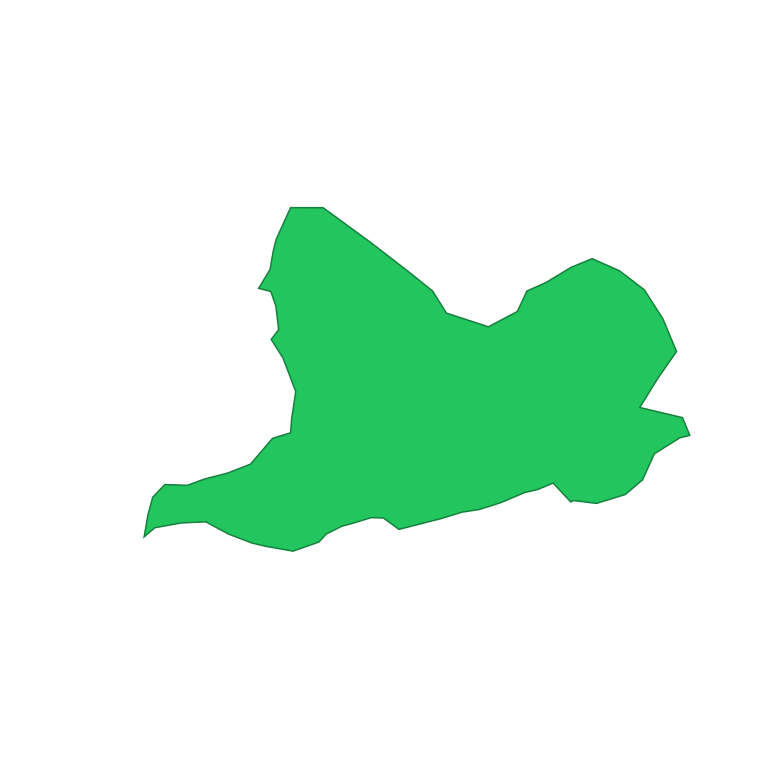 Pano Akourdaleia, Paphos, Cyprus (orthographic projection), rotated 246°
{"feature_id": "46923920B48631542853704", "entity_name": "Pano Akourdaleia", "entity_type": "district", "adm_level": 2, "iso_a3": "CYP", "parent_name": "Cyprus", "parent_adm1": "Paphos", "projection": "orthographic", "projection_center": [32.446, 34.944], "detail": "fine", "context": "isolated", "style": "filled", "palette": "green", "viewbox_px": 768, "rotation_deg": 246, "n_neighbors": 0, "source": "geoboundaries", "source_scale": "gbopen_adm2", "svg_char_len": 1035}
<svg xmlns="http://www.w3.org/2000/svg" viewBox="0 0 768 768"><g transform="rotate(246 384 384)"><path d="M200.3,506.6L200.4,509.8L188.5,529.6L184.9,559.4L191.3,581.3L210.3,602.6L214.5,632.3L212.7,642.5L231.8,643.0L258.5,608.1L277.7,636.3L294.7,664.5L330.2,665.3L364.2,660.1L391.6,645.2L407.1,631.2L413.8,625.2L414.5,602.9L410.8,572.4L410.8,552.4L396.0,535.3L393.8,502.6L423.4,469.9L449.2,466.2L476.6,452.1L518.0,429.8L569.8,400.1L583.1,370.4L560.1,344.4L550.5,336.9L535.0,326.5L522.4,308.4L514.6,318.2L499.5,317.0L489.2,313.8L476.5,309.9L470.6,299.1L448.7,302.3L413.1,300.3L389.3,285.2L377.4,278.8L379.7,260.1L365.1,229.4L366.3,204.3L370.2,181.6L371.4,163.2L381.3,142.9L374.6,126.6L360.3,115.0L341.9,102.7L345.9,116.1L339.6,142.0L330.6,165.1L310.0,181.0L292.3,198.8L283.2,210.8L268.3,232.9L266.1,260.3L270.4,270.3L271.2,287.4L269.1,301.7L267.2,317.7L261.8,329.0L245.1,338.5L237.7,382.4L235.2,403.1L230.6,420.0L228.1,442.4L227.6,468.6L225.1,481.3L224.7,498.2L200.3,506.6Z" fill="#22c55e" stroke="#15803d" stroke-width="1.5"/></g></svg>